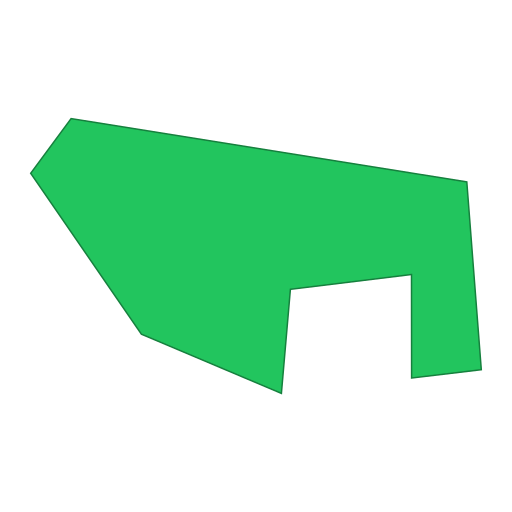 map outline of Pembroke (Albers equal-area conic projection)
{"feature_id": "BMU-5139", "entity_name": "Pembroke", "entity_type": "state/province", "adm_level": 1, "iso_a3": "BMU", "parent_name": "Bermuda", "parent_adm1": "", "projection": "albers", "projection_center": [-64.794, 32.299], "detail": "fine", "context": "isolated", "style": "filled", "palette": "green", "viewbox_px": 512, "rotation_deg": 0, "n_neighbors": 0, "source": "natural_earth", "source_scale": "10m", "svg_char_len": 250}
<svg xmlns="http://www.w3.org/2000/svg" viewBox="0 0 512 512"><path d="M281.4,393.4L141.4,334.2L30.7,173.3L71.1,118.6L466.8,181.9L481.3,369.7L411.6,378.0L411.5,274.5L290.4,289.3L281.4,393.4Z" fill="#22c55e" stroke="#15803d" stroke-width="1.5"/></svg>